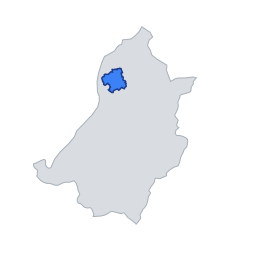 Razgrad highlighted on a map of Bulgaria, rotated 301°
{"feature_id": "BGR-2256", "entity_name": "Razgrad", "entity_type": "Province", "adm_level": 1, "iso_a3": "BGR", "parent_name": "Bulgaria", "parent_adm1": "", "projection": "albers", "projection_center": [26.578, 43.648], "detail": "fine", "context": "in_parent", "style": "filled", "palette": "blue", "viewbox_px": 256, "rotation_deg": 301, "n_neighbors": 0, "source": "natural_earth", "source_scale": "10m", "svg_char_len": 3258}
<svg xmlns="http://www.w3.org/2000/svg" viewBox="0 0 256 256"><g transform="rotate(301 128 128)"><path d="M206.2,160.7L202.1,160.1L200.6,160.3L199.7,161.4L197.8,161.2L195.4,161.2L193.0,162.4L191.6,162.9L189.8,161.9L186.3,158.7L184.2,156.5L182.7,155.9L181.2,156.6L175.6,157.4L174.3,158.7L171.8,160.2L169.2,160.9L165.5,161.3L163.6,161.3L162.5,162.0L161.6,164.1L160.9,166.1L160.4,167.0L155.8,168.0L154.8,169.1L154.5,170.3L154.6,171.4L150.9,170.3L148.0,171.0L147.4,171.9L146.7,173.2L147.1,174.5L148.1,175.9L149.1,179.4L149.4,183.0L148.8,185.0L146.7,186.4L142.3,188.0L138.0,187.2L136.1,187.8L133.0,187.9L130.0,188.3L125.6,189.7L121.5,190.5L117.9,187.5L113.7,185.4L109.2,184.1L107.6,184.9L106.9,185.6L103.2,182.9L101.5,181.9L100.7,180.9L99.2,177.4L98.3,177.3L95.2,178.5L92.2,178.3L90.4,178.0L85.0,178.0L84.2,180.4L83.6,180.7L82.4,181.0L79.5,180.8L75.8,182.4L71.9,183.4L68.8,183.3L65.7,182.6L63.8,182.9L59.7,183.0L57.1,185.4L53.0,185.1L49.7,184.5L50.2,183.8L51.3,173.6L53.1,169.1L53.1,168.2L52.8,167.4L51.3,166.6L50.4,164.1L48.5,157.5L47.3,156.2L43.9,154.6L41.0,152.6L38.5,150.0L34.1,143.7L36.5,143.2L37.3,142.0L39.8,138.8L40.2,137.2L40.0,136.2L38.5,134.5L37.6,131.0L38.6,127.7L38.7,126.0L38.0,124.3L38.9,122.3L40.7,121.2L41.7,120.9L46.2,120.9L49.2,116.9L51.0,115.6L52.8,113.3L53.7,112.5L54.5,110.7L54.9,108.8L51.5,106.0L50.4,104.0L48.9,101.8L46.9,100.1L42.8,97.4L41.3,94.6L40.7,91.2L39.7,88.5L38.6,86.8L38.4,85.4L38.0,83.7L38.0,80.4L39.2,76.0L39.9,74.5L41.4,74.2L45.3,72.0L45.6,69.0L46.4,67.2L47.6,66.2L48.8,65.5L50.7,67.3L55.6,70.3L58.0,72.5L57.8,73.7L56.6,74.9L54.3,76.0L53.0,77.6L52.6,79.6L52.8,81.0L54.3,82.3L63.4,81.1L72.5,82.2L84.7,85.4L92.9,86.6L98.9,85.5L110.0,88.1L120.4,90.4L130.4,91.2L136.0,89.6L140.0,87.3L143.4,83.1L151.8,77.6L159.8,74.5L170.4,71.9L177.4,71.0L178.4,71.9L187.4,76.9L191.4,76.9L194.6,77.8L195.8,79.1L196.7,79.4L200.9,78.1L202.9,80.9L205.9,84.8L211.1,86.7L215.6,87.8L217.1,87.9L221.9,87.7L221.4,97.6L218.6,102.3L214.3,100.8L208.8,102.2L205.9,107.5L204.3,109.1L202.8,110.9L201.9,117.7L201.9,128.8L199.8,130.2L197.8,130.6L189.8,140.5L194.6,143.2L196.7,145.3L200.2,151.0L205.2,157.5L206.2,160.7Z" fill="#d9dde1" stroke="#a8b0b8" stroke-width="1"/><path d="M175.0,90.2L175.3,91.5L174.6,92.1L172.6,94.8L172.2,94.5L171.9,93.9L171.5,94.0L171.2,94.1L170.4,95.0L169.6,95.8L168.8,96.3L169.3,97.2L168.9,97.9L167.8,98.3L166.7,99.0L166.6,100.0L167.0,100.9L166.7,102.0L166.1,101.9L165.5,101.9L165.4,103.4L164.8,103.6L164.1,103.7L163.0,104.9L162.3,104.9L161.6,104.5L159.7,104.5L159.5,103.3L159.7,101.8L158.1,101.3L156.4,101.0L156.0,100.8L155.6,100.5L156.1,99.1L154.8,97.8L153.3,96.8L152.0,96.4L150.7,96.9L150.1,95.8L150.2,94.4L150.1,94.1L150.1,93.8L150.2,93.6L150.4,93.4L150.3,92.5L150.6,91.7L151.0,92.1L151.4,92.5L152.5,91.6L154.0,91.9L154.4,91.2L154.9,90.3L155.5,90.0L155.4,88.3L155.9,87.6L155.2,87.2L154.3,87.1L152.8,86.4L152.8,84.8L154.2,83.9L154.9,82.4L157.1,80.0L158.1,79.8L159.1,80.1L159.9,81.0L160.7,80.7L161.5,80.2L162.1,80.5L162.7,81.2L162.9,81.9L163.6,83.2L166.1,84.1L167.1,84.2L167.6,85.0L168.0,85.8L168.3,85.3L168.7,85.2L169.2,85.0L169.6,84.4L170.1,84.3L170.3,85.1L170.8,85.8L171.3,86.2L171.6,86.7L172.0,87.1L172.1,88.0L172.4,88.5L172.9,88.1L173.4,88.4L174.1,89.5L175.0,90.2Z" fill="#3b82f6" stroke="#1e3a8a" stroke-width="1.5"/></g></svg>